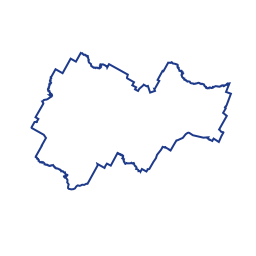 outline of Central Goldfields, Victoria, Australia, rotated 111°
{"feature_id": "25037944B6031326285684", "entity_name": "Central Goldfields", "entity_type": "district", "adm_level": 2, "iso_a3": "AUS", "parent_name": "Australia", "parent_adm1": "Victoria", "projection": "natural_earth1", "projection_center": [143.694, -36.979], "detail": "fine", "context": "isolated", "style": "outline", "palette": "blue", "viewbox_px": 256, "rotation_deg": 111, "n_neighbors": 0, "source": "geoboundaries", "source_scale": "gbopen_adm2", "svg_char_len": 5708}
<svg xmlns="http://www.w3.org/2000/svg" viewBox="0 0 256 256"><g transform="rotate(111 128 128)"><path d="M52.5,113.2L52.6,113.9L62.4,115.3L62.3,116.2L72.5,117.6L72.8,115.7L82.3,117.1L82.3,117.3L83.7,116.1L87.0,120.0L81.6,124.5L82.4,125.5L81.9,128.9L83.0,129.2L87.3,131.5L89.8,131.9L89.4,135.3L87.1,135.0L86.6,139.3L83.1,138.8L81.9,146.6L81.4,147.0L78.2,147.3L75.2,168.6L79.0,169.1L78.3,169.6L77.9,169.6L77.7,169.9L78.1,170.6L77.8,171.8L77.6,172.1L77.7,173.1L77.5,173.6L77.8,174.8L78.2,175.3L78.3,176.4L78.4,176.6L78.7,176.6L78.9,175.6L79.6,175.2L80.2,175.5L80.5,176.4L81.0,176.2L81.1,175.6L81.3,175.2L82.6,176.0L82.7,176.4L82.6,177.1L82.9,177.5L82.7,178.0L82.8,178.8L83.1,179.4L83.6,179.6L83.4,180.6L83.9,181.1L83.8,181.7L84.0,181.9L83.8,182.2L83.7,183.1L83.4,183.3L83.3,184.5L81.5,185.6L81.0,187.5L80.5,188.3L79.8,188.6L79.3,189.1L78.5,188.9L77.8,189.8L76.7,190.4L76.2,191.4L75.8,191.5L75.4,191.2L75.2,191.3L75.2,191.7L75.6,192.7L75.4,193.1L75.5,193.6L75.0,193.9L75.0,194.6L75.1,194.9L75.6,195.5L75.3,196.4L74.9,196.9L74.6,197.5L75.1,198.2L74.9,199.0L84.7,200.4L83.8,206.4L100.3,208.7L99.1,216.7L107.4,217.9L107.3,218.7L107.5,218.4L108.3,218.4L108.7,218.1L108.9,217.7L109.1,217.5L109.9,217.9L110.5,217.9L110.9,217.4L111.2,217.3L111.7,217.8L111.9,217.8L112.0,217.5L112.6,217.3L112.9,216.5L113.2,216.4L113.4,216.0L114.4,216.2L114.4,216.4L114.7,216.7L114.8,217.2L115.7,217.1L116.3,216.5L116.8,216.7L117.9,216.3L118.4,216.7L119.3,216.2L119.9,216.7L121.0,216.5L121.2,216.3L121.3,215.6L121.9,215.5L121.7,214.6L122.6,214.2L122.8,213.5L124.0,213.2L124.0,212.7L123.6,211.9L124.0,211.1L124.8,210.6L125.3,211.4L125.6,212.7L126.3,210.9L128.7,212.7L129.7,213.3L130.7,214.3L131.4,215.7L132.2,216.7L133.4,217.0L133.8,217.5L134.0,217.1L134.3,217.1L134.8,216.7L135.2,215.9L135.9,215.8L151.1,218.2L151.7,214.9L154.2,215.4L154.9,215.1L155.3,215.4L155.4,216.5L155.9,217.4L162.0,218.3L162.5,217.9L164.5,204.2L166.7,201.0L175.4,202.3L175.5,202.1L187.7,203.9L188.3,203.7L188.3,202.6L188.7,202.3L188.7,202.1L189.3,201.7L189.1,200.9L189.6,200.6L189.8,199.9L190.7,199.7L190.7,199.2L191.2,198.5L191.2,197.9L191.5,197.6L191.2,197.1L191.2,196.4L190.8,196.4L190.5,196.2L190.6,195.6L191.1,195.6L191.1,195.4L190.4,194.7L191.0,193.3L191.8,192.9L191.6,192.4L191.7,191.8L191.5,191.5L191.7,191.1L191.2,190.1L191.5,189.6L191.6,189.0L191.4,188.8L191.6,187.8L191.1,187.3L191.1,186.8L190.9,186.5L190.3,186.3L189.8,185.1L189.4,184.7L189.9,183.9L190.2,183.8L190.3,183.3L190.8,182.9L190.8,182.3L191.0,182.1L190.8,181.9L191.0,181.3L191.5,181.0L191.4,180.1L191.1,179.5L191.0,179.0L191.2,178.4L191.1,177.8L191.5,176.8L191.2,176.2L191.5,175.6L191.9,175.2L191.9,174.6L192.2,174.6L191.7,173.3L192.4,172.2L192.0,170.9L192.8,170.6L193.5,169.8L193.5,168.0L193.8,168.0L194.1,167.7L194.9,168.2L195.8,170.3L196.1,170.5L196.3,170.4L197.0,169.1L196.7,168.5L196.8,167.9L198.1,166.0L198.9,165.6L200.5,165.3L201.9,163.2L204.2,162.9L205.5,162.5L206.0,161.5L205.6,158.9L204.6,157.0L203.3,155.8L201.3,155.4L199.7,154.5L199.5,153.9L199.4,152.7L199.2,152.3L198.7,151.6L197.5,150.6L197.2,149.9L196.8,148.5L195.1,147.0L194.8,146.6L194.6,145.8L173.6,142.9L172.5,143.7L173.7,135.6L171.3,135.5L168.8,134.9L169.3,130.6L154.1,128.7L155.0,128.6L155.6,127.9L155.6,127.4L155.3,127.1L155.3,126.7L155.1,126.5L155.1,126.1L155.4,125.7L155.7,125.7L155.9,125.5L155.7,125.0L155.8,124.6L155.2,124.3L155.4,123.5L155.7,123.2L155.6,122.8L155.8,122.5L156.7,122.5L156.8,122.2L157.2,122.0L158.4,122.4L158.5,121.9L158.8,121.4L158.6,120.6L160.1,120.4L160.5,119.8L160.9,119.7L161.0,119.2L161.6,118.8L162.4,117.8L162.4,117.5L161.2,116.8L161.2,115.8L160.2,113.4L159.9,112.8L159.2,112.4L159.3,111.8L159.6,111.2L159.1,110.7L158.6,110.1L159.1,109.5L159.7,109.3L160.7,108.2L161.0,107.6L160.9,107.3L161.1,107.0L161.3,107.0L161.5,106.3L161.7,106.0L162.2,105.7L163.3,105.7L163.2,105.0L163.4,103.6L163.9,102.9L164.5,102.7L164.0,101.6L164.0,101.0L164.3,100.7L161.3,100.3L162.0,95.2L160.0,94.8L159.4,94.9L159.0,93.8L158.6,93.4L150.4,92.1L146.2,91.1L142.7,91.3L136.3,89.3L133.2,88.9L133.1,87.7L132.5,86.5L133.0,86.3L132.8,85.3L133.4,81.4L133.6,81.4L133.8,80.2L127.3,79.2L122.2,78.3L122.0,77.7L117.6,73.3L113.1,71.9L111.2,70.6L110.7,69.8L110.6,69.1L111.5,64.8L110.0,54.1L107.9,49.7L109.2,49.8L109.5,47.7L109.8,47.7L109.8,47.3L109.6,47.2L109.9,44.7L107.2,44.3L108.5,38.2L102.3,37.9L98.0,37.3L97.8,37.5L98.0,38.5L98.1,39.8L97.1,41.3L96.8,42.4L81.3,40.1L79.8,44.6L74.7,43.8L74.1,44.9L73.2,44.7L73.3,44.3L71.6,44.1L59.1,44.2L59.2,49.4L50.0,49.3L50.6,50.4L50.7,51.0L51.3,51.4L51.6,51.3L52.3,51.3L52.4,51.9L53.2,52.4L53.5,53.0L54.2,53.2L54.7,53.6L54.6,54.1L54.1,54.7L54.5,55.1L54.9,56.0L55.7,56.2L56.0,56.8L56.6,57.2L56.6,57.6L56.9,58.1L56.9,58.6L57.1,58.9L57.1,59.8L57.3,60.2L57.6,61.3L58.7,62.3L59.2,63.5L59.9,63.2L60.6,64.0L60.9,64.7L60.7,65.5L60.9,66.4L61.4,66.8L61.9,66.8L61.9,67.4L62.4,67.8L62.3,68.3L62.6,68.7L62.5,69.1L62.5,69.6L61.6,69.9L61.6,71.3L61.2,71.7L60.9,71.8L60.7,72.2L60.2,72.6L60.1,72.8L60.3,73.2L60.1,73.6L60.1,74.4L60.3,74.8L60.3,75.1L60.8,75.5L60.5,76.8L60.7,77.2L60.4,77.6L60.6,78.6L61.7,79.8L62.0,80.5L62.4,80.7L62.7,81.6L63.3,82.2L63.3,82.9L63.1,83.2L63.5,84.7L63.6,85.7L62.6,87.0L62.9,88.7L63.4,89.2L62.8,90.4L62.9,90.8L62.6,91.0L62.5,91.4L62.5,91.8L62.7,92.0L62.7,92.8L61.8,93.1L62.0,93.5L61.8,94.0L61.4,94.3L61.5,94.7L61.2,95.1L61.0,95.7L60.1,96.4L59.4,96.6L59.4,97.0L59.1,97.1L58.3,97.1L57.6,96.2L57.1,96.1L56.9,96.6L57.2,96.9L56.9,97.4L56.4,97.4L56.6,97.9L55.4,98.5L55.5,99.0L56.0,99.5L56.2,100.4L55.8,100.6L55.7,100.8L54.6,101.9L53.5,102.3L53.4,102.6L53.8,103.2L53.1,103.8L51.6,104.0L51.2,104.3L51.1,104.9L51.3,105.7L51.1,106.2L51.3,106.6L51.2,107.2L51.7,109.2L51.0,110.4L51.0,111.0L51.9,111.3L52.0,112.1L52.2,112.8L52.5,113.2Z" fill="none" stroke="#1e3a8a" stroke-width="2"/></g></svg>